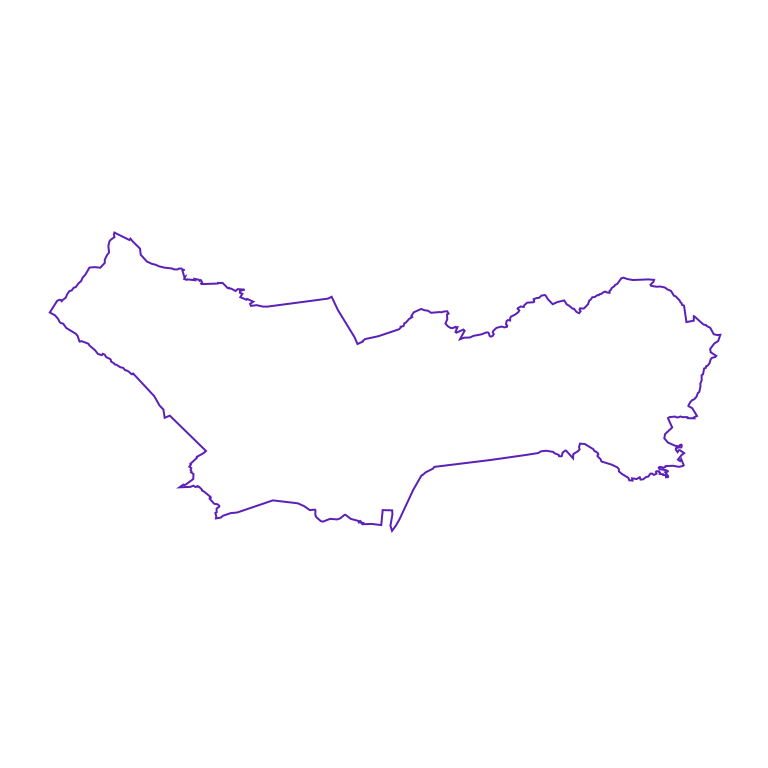 the district of Acatlán, Hidalgo, Mexico, rotated 91°
{"feature_id": "50627088B55512763165299", "entity_name": "Acatlán", "entity_type": "district", "adm_level": 2, "iso_a3": "MEX", "parent_name": "Mexico", "parent_adm1": "Hidalgo", "projection": "equal_earth", "projection_center": [-98.445, 20.205], "detail": "fine", "context": "isolated", "style": "outline", "palette": "violet", "viewbox_px": 768, "rotation_deg": 91, "n_neighbors": 0, "source": "geoboundaries", "source_scale": "gbopen_adm2", "svg_char_len": 6075}
<svg xmlns="http://www.w3.org/2000/svg" viewBox="0 0 768 768"><g transform="rotate(91 384 384)"><path d="M410.5,70.5L402.8,75.4L400.8,79.2L400.0,79.2L396.6,77.3L394.7,75.5L393.9,73.6L391.4,71.4L387.5,70.0L386.4,68.6L380.6,67.5L378.3,67.8L374.8,66.4L369.7,66.6L368.7,65.2L362.9,64.2L362.3,62.6L360.6,62.2L360.1,60.8L357.6,58.9L353.6,57.8L352.1,56.5L351.2,53.2L350.1,52.2L346.6,57.9L343.3,58.5L337.8,54.5L335.2,50.6L328.9,48.6L329.2,51.8L328.5,55.2L322.2,58.7L320.2,62.6L319.6,62.9L318.9,65.7L310.9,74.9L310.8,75.4L315.3,75.4L316.8,82.7L300.4,85.4L299.6,87.5L298.1,87.8L297.0,89.1L295.4,89.8L291.3,93.8L290.6,95.7L285.9,98.7L284.4,102.4L282.6,104.9L281.7,109.5L282.0,113.2L281.2,118.6L280.1,119.3L277.2,116.4L275.2,115.8L274.8,121.4L275.7,137.0L274.8,142.5L273.5,146.5L274.2,148.6L279.7,152.4L281.0,154.7L282.1,155.3L284.2,158.1L285.8,158.7L287.0,160.1L288.9,160.1L288.4,163.4L287.8,163.9L287.9,165.3L290.4,168.9L290.4,169.9L291.5,170.9L291.4,172.2L293.3,174.7L293.7,177.3L296.1,178.9L296.9,180.2L300.7,181.4L304.7,185.1L305.1,186.2L304.9,189.3L306.2,189.8L307.8,188.7L309.8,190.1L308.6,192.8L305.6,195.2L305.2,197.0L302.5,200.2L301.3,202.6L297.3,205.3L299.0,212.0L301.3,216.7L296.5,221.5L292.8,223.9L292.2,224.8L292.9,228.1L295.2,230.6L295.4,232.9L296.6,235.9L298.8,235.2L299.6,235.7L300.2,242.3L302.6,245.0L304.5,245.6L304.1,248.6L305.8,251.4L306.4,251.7L308.1,250.0L309.9,251.0L312.5,254.4L314.4,258.2L315.8,259.0L318.3,259.0L317.9,261.2L318.9,262.5L322.3,263.1L323.4,261.8L324.7,262.1L325.3,264.8L324.5,267.3L325.9,272.5L328.9,275.6L330.3,276.2L332.3,275.1L334.0,276.2L334.7,277.6L334.6,278.6L333.9,279.3L331.2,280.2L330.6,281.1L330.8,283.0L332.6,287.2L334.3,295.4L336.0,298.9L336.3,304.6L337.9,308.8L329.3,304.3L328.2,305.6L331.4,312.4L330.8,313.4L325.9,311.6L326.2,313.8L325.8,313.8L327.0,316.8L326.7,318.6L325.1,321.2L322.5,323.6L318.2,321.9L313.3,322.2L312.5,320.7L310.2,322.0L310.5,325.6L311.3,327.6L311.1,329.7L312.0,338.2L310.0,341.2L309.5,345.0L308.3,348.1L311.8,355.5L315.7,357.9L316.6,357.0L318.6,360.1L322.5,363.5L322.9,364.7L325.8,365.5L326.4,368.3L327.1,368.1L329.0,369.9L336.3,390.4L339.4,403.7L341.6,406.2L342.0,406.0L344.5,411.2L337.7,414.3L310.8,431.4L297.7,437.9L299.6,441.5L308.7,502.2L308.7,506.5L307.4,512.6L308.2,518.4L306.2,519.3L304.0,516.1L301.3,522.3L302.2,522.9L299.7,529.2L296.3,527.2L295.3,529.7L293.5,529.7L292.1,524.9L291.7,532.0L293.6,534.0L291.3,538.5L291.2,540.4L290.6,540.6L290.8,542.0L285.8,547.1L285.8,551.6L286.3,551.6L286.5,552.8L287.3,567.9L286.8,568.7L285.4,567.6L283.3,569.0L284.1,570.2L283.0,570.9L282.2,575.3L283.5,574.7L282.8,582.8L283.3,583.1L282.5,585.6L280.3,584.7L280.8,585.4L274.2,587.5L273.2,585.3L273.4,586.8L272.1,588.7L272.1,590.9L273.0,592.2L273.1,595.7L272.2,598.0L271.5,605.5L270.3,610.9L268.8,614.3L267.9,618.2L265.7,623.2L259.0,629.5L252.9,630.3L245.8,637.8L243.1,640.0L244.5,641.0L237.3,656.2L239.5,656.7L241.8,656.0L244.5,659.7L246.2,661.0L250.8,662.0L257.3,661.2L259.8,663.1L264.5,665.3L267.8,665.3L272.7,669.7L272.2,675.0L272.7,680.5L280.0,684.6L282.8,687.1L286.3,688.6L288.8,691.3L292.5,693.9L293.2,696.0L295.9,697.9L296.6,700.2L299.9,702.4L303.2,703.7L305.9,707.1L306.7,707.4L306.9,707.8L305.7,708.4L305.5,709.8L306.5,712.2L318.3,719.4L321.1,714.1L324.7,710.9L327.4,709.6L328.7,708.2L329.3,705.8L333.5,702.7L339.3,692.8L341.4,691.1L346.7,689.3L347.0,688.8L346.4,687.2L348.9,680.2L350.5,679.3L355.3,673.5L358.9,670.6L360.1,666.7L358.7,665.7L359.6,663.7L362.0,662.2L363.7,658.4L364.7,657.5L366.3,657.3L367.9,654.5L369.1,653.5L369.5,651.7L371.7,648.2L372.5,645.0L374.8,643.0L374.8,641.9L376.0,639.5L378.6,636.6L378.6,635.5L378.2,635.7L377.9,635.0L400.2,613.5L409.5,608.0L413.4,604.1L421.6,602.7L419.4,597.6L454.1,560.8L456.6,563.7L460.1,569.9L460.9,569.7L462.0,570.7L467.3,576.3L468.1,575.7L470.1,577.2L471.5,575.2L473.5,575.9L474.7,574.9L475.6,575.4L477.4,572.9L482.4,573.1L488.0,580.5L488.6,581.9L488.1,582.9L490.9,586.7L490.2,575.7L489.0,572.8L490.3,570.6L489.3,568.6L490.1,568.2L490.0,567.1L492.8,564.2L493.8,564.0L494.6,562.2L500.1,555.3L500.7,555.2L501.0,556.2L501.7,556.4L505.8,552.6L506.8,551.5L507.1,548.4L508.7,546.5L509.5,546.6L511.5,549.2L515.2,549.1L515.9,550.4L519.2,549.4L521.3,549.7L520.5,545.0L518.5,542.6L515.8,535.1L515.0,528.4L502.3,493.1L504.8,468.1L507.6,461.5L511.4,456.0L510.8,450.9L511.5,450.3L516.1,450.4L518.3,449.4L522.1,444.9L522.7,442.7L519.8,435.7L520.2,428.2L519.0,425.3L515.6,421.3L515.4,420.3L519.5,414.7L521.4,407.0L522.9,406.8L522.6,405.1L521.8,405.9L521.4,405.4L522.3,404.4L523.2,404.3L523.3,403.1L523.8,403.7L524.6,403.2L524.1,394.1L525.1,384.3L510.1,383.1L510.2,373.6L514.2,373.3L525.6,375.1L530.7,373.4L525.2,369.5L518.9,366.1L489.5,353.0L474.7,344.9L474.5,344.0L471.7,341.0L467.8,333.6L466.0,332.3L458.2,276.7L452.4,240.4L450.3,228.4L448.7,226.3L447.9,220.8L448.9,213.7L450.1,212.6L451.9,208.0L453.1,207.7L453.3,206.6L453.0,205.0L449.5,204.2L447.5,201.7L447.4,200.8L455.0,193.7L450.7,193.5L447.8,188.8L446.0,187.3L443.7,187.9L440.2,187.0L440.5,182.2L445.5,173.6L447.4,172.4L448.0,170.7L449.6,168.8L450.9,168.5L451.6,169.3L452.6,169.2L455.2,166.3L457.7,165.2L460.6,155.1L463.2,149.4L464.8,147.8L467.4,147.5L469.8,144.5L473.6,138.0L476.0,137.1L476.2,133.8L474.0,134.3L474.6,129.7L472.8,126.7L475.1,125.8L474.8,123.3L472.5,120.4L471.9,118.1L469.0,116.1L468.9,114.3L470.2,112.5L468.9,110.0L467.1,110.6L466.5,110.0L466.5,107.4L467.3,107.3L467.7,106.5L469.1,106.8L469.4,103.3L470.1,103.3L470.3,100.6L472.3,100.4L472.2,98.7L470.6,98.9L472.4,98.4L471.2,98.3L467.3,101.3L466.8,99.1L466.1,98.7L465.1,101.1L464.5,105.8L463.9,107.4L462.8,107.8L462.0,106.6L462.8,103.0L462.0,101.3L461.2,101.1L460.7,93.6L461.7,87.6L460.7,83.7L460.0,82.9L454.0,85.5L455.9,86.6L454.5,88.8L449.8,85.2L447.9,82.7L445.0,87.1L445.1,88.1L447.0,89.3L444.5,91.2L442.8,90.7L442.7,89.3L442.2,89.0L442.2,85.6L440.4,85.2L439.5,85.6L439.7,86.7L441.2,88.3L440.6,92.0L437.6,99.1L433.4,102.8L429.2,102.1L422.4,95.1L413.2,99.5L412.1,97.9L411.5,92.4L412.2,91.1L412.3,89.6L411.3,86.9L411.9,85.1L411.8,80.5L412.2,79.6L412.9,79.7L412.9,73.2L412.1,73.7L410.5,70.5Z" fill="none" stroke="#5b21b6" stroke-width="2"/></g></svg>